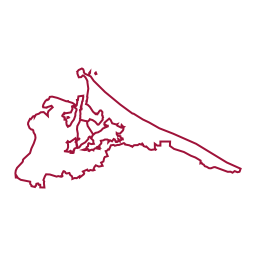 the district of Tauranga City, Bay of Plenty, New Zealand
{"feature_id": "76426892B41625514987736", "entity_name": "Tauranga City", "entity_type": "district", "adm_level": 2, "iso_a3": "NZL", "parent_name": "New Zealand", "parent_adm1": "Bay of Plenty", "projection": "natural_earth1", "projection_center": [176.198, -37.698], "detail": "fine", "context": "isolated", "style": "outline", "palette": "rose", "viewbox_px": 256, "rotation_deg": 0, "n_neighbors": 0, "source": "geoboundaries", "source_scale": "gbopen_adm2", "svg_char_len": 5735}
<svg xmlns="http://www.w3.org/2000/svg" viewBox="0 0 256 256"><path d="M240.6,168.7L226.8,162.5L196.1,143.8L173.2,133.7L159.4,128.3L149.0,122.4L142.9,119.5L133.6,113.7L132.4,113.5L120.3,104.6L104.9,91.9L93.7,80.8L90.7,76.4L84.7,73.6L83.8,72.1L83.9,71.2L83.2,69.3L81.9,68.5L78.7,70.0L77.2,71.7L77.5,72.0L77.4,73.6L78.8,77.3L81.2,77.1L82.7,75.5L83.6,75.6L85.4,77.3L87.2,80.5L87.3,80.9L86.8,80.9L87.3,81.1L87.3,81.5L86.9,81.4L87.3,81.5L88.3,88.6L87.1,96.8L87.5,97.2L86.9,100.6L86.5,100.7L86.4,101.3L86.8,101.7L86.0,104.1L87.7,104.8L89.9,106.9L92.9,111.6L95.7,114.2L97.4,114.3L97.5,114.0L96.3,114.0L95.7,113.4L96.7,113.6L98.3,113.0L99.0,111.6L100.2,110.4L101.1,110.5L102.4,112.1L102.1,115.2L102.7,115.9L102.6,116.6L103.1,117.3L102.6,118.4L102.7,119.7L98.6,124.6L97.6,124.6L95.3,121.9L92.6,120.1L90.3,119.4L89.5,120.0L90.4,118.4L88.8,120.7L87.8,121.4L85.4,120.9L87.4,121.7L87.1,123.1L87.7,126.0L92.7,133.7L92.9,134.6L92.6,135.4L95.4,132.9L98.1,132.3L101.0,130.6L102.9,128.5L107.8,126.4L107.8,125.7L106.8,125.6L105.5,124.8L105.2,124.8L105.9,125.4L104.7,125.5L104.5,122.7L109.2,118.6L110.6,119.9L112.2,123.3L116.3,124.5L117.4,124.1L116.9,125.0L117.3,125.7L121.2,127.6L122.1,127.6L123.0,126.8L121.5,125.4L121.6,125.0L123.2,126.7L123.9,126.9L123.5,127.2L123.4,129.2L122.9,130.5L120.0,133.6L117.4,133.5L116.7,133.0L116.7,134.1L117.7,135.8L120.4,136.2L120.7,137.8L122.6,138.4L122.8,139.4L121.2,139.5L121.0,140.1L120.0,140.5L119.7,141.4L119.4,141.3L119.2,140.9L119.5,141.1L119.3,140.0L118.6,139.3L118.8,140.3L118.2,141.3L116.8,141.3L116.8,142.0L116.4,142.0L115.8,141.9L114.8,139.5L113.7,139.0L112.0,141.3L110.1,140.3L108.3,142.2L108.5,140.1L107.3,139.5L104.9,139.5L103.2,140.4L100.8,140.8L101.4,142.7L101.2,143.5L99.3,145.6L99.7,147.7L99.3,148.9L98.0,148.7L98.7,147.9L99.3,148.3L99.2,147.8L99.5,147.8L99.0,147.3L99.0,147.0L99.5,147.2L99.3,147.0L97.7,146.8L96.9,147.1L96.2,148.1L94.7,148.6L93.5,149.7L93.4,150.3L92.1,149.6L90.5,150.1L89.2,151.1L88.6,150.8L88.8,150.0L88.5,149.5L87.7,149.0L86.5,149.9L84.6,150.1L83.0,149.8L86.0,148.8L86.7,147.1L88.0,146.2L88.2,143.8L88.8,143.2L91.3,144.1L93.9,143.8L93.3,142.3L93.3,140.5L91.2,138.5L92.6,135.5L91.1,138.1L89.8,136.6L88.9,137.1L88.5,137.7L88.3,139.0L85.2,142.4L81.3,144.6L79.2,147.5L77.7,147.9L76.5,142.6L76.9,140.7L77.6,139.3L77.8,133.7L77.0,129.3L77.3,126.1L79.6,121.8L80.2,119.3L81.2,120.0L85.3,121.0L80.9,119.8L80.0,118.5L80.4,117.1L80.2,115.8L80.5,113.9L80.1,110.4L80.5,110.5L80.6,110.2L80.2,110.1L80.9,108.6L81.6,108.9L81.7,108.6L81.7,108.2L81.6,108.8L80.9,108.5L80.9,106.5L81.0,106.2L81.4,106.5L81.4,106.0L81.1,106.1L81.4,105.1L81.6,105.3L82.2,101.4L82.6,101.2L83.3,96.8L82.9,96.5L83.1,95.7L78.4,96.4L77.9,100.0L77.0,100.0L77.3,101.8L76.7,105.3L75.8,106.2L74.8,104.5L72.4,102.9L67.9,101.5L67.9,101.1L66.3,101.3L57.4,97.9L52.1,96.6L49.8,96.9L48.8,99.2L47.8,99.9L47.5,99.5L46.8,99.7L45.2,101.3L43.4,104.5L42.9,106.4L43.2,107.3L46.7,107.7L47.0,107.2L51.5,105.8L52.7,107.3L48.4,111.2L47.7,113.4L47.9,116.0L43.7,112.1L40.7,112.3L38.9,113.7L35.9,114.7L34.7,116.8L34.7,115.9L33.0,116.4L30.8,119.2L30.0,118.9L28.2,122.5L28.0,124.2L29.5,128.0L31.3,129.5L32.6,129.7L33.2,130.3L33.6,132.4L35.1,134.9L35.5,137.6L35.3,139.0L33.8,143.4L31.4,148.5L30.0,153.1L23.6,159.0L22.9,160.0L23.0,160.9L22.4,162.2L17.1,167.8L15.8,170.5L15.4,173.2L15.8,177.5L16.5,177.5L16.7,176.1L17.9,178.0L20.7,179.8L30.2,181.7L30.2,183.8L31.7,185.7L31.6,186.2L34.9,187.0L35.2,186.2L35.9,185.9L36.4,183.8L38.1,183.4L38.4,183.6L38.7,184.8L40.2,184.8L40.3,187.4L44.4,187.5L43.9,182.9L44.2,181.4L43.4,180.1L44.9,176.3L46.1,174.3L49.9,174.5L56.6,176.6L58.2,176.1L60.9,176.7L61.0,176.2L62.2,176.4L62.5,176.0L62.1,175.4L62.1,173.9L63.5,171.2L64.2,171.3L65.0,171.8L65.7,173.1L66.6,173.5L69.4,173.0L70.3,175.1L71.8,176.1L72.5,178.0L72.4,178.9L74.7,178.0L76.7,178.2L79.6,176.2L79.8,177.4L83.8,174.3L84.2,173.2L82.9,171.5L87.3,169.6L87.8,170.6L88.9,170.9L90.3,170.0L92.9,170.5L94.4,170.0L93.6,169.0L94.5,166.9L95.8,165.3L98.9,166.6L102.6,165.8L101.1,162.6L103.4,161.5L104.1,158.3L104.8,157.0L107.7,156.1L105.7,151.1L107.5,150.4L108.2,149.3L109.1,149.5L110.9,145.3L113.7,144.9L114.8,145.7L117.7,144.9L118.9,145.0L123.9,143.1L124.8,143.7L125.1,144.5L129.4,145.3L130.9,146.1L131.6,146.0L132.3,146.8L134.1,145.2L137.7,145.1L139.4,144.0L141.5,144.6L142.2,143.6L143.1,144.6L143.2,145.5L143.7,146.1L145.7,146.8L146.3,146.5L149.3,149.4L151.2,149.9L154.8,149.3L155.5,149.8L155.9,149.5L154.9,148.3L154.8,143.7L157.3,145.6L160.4,145.6L160.4,141.5L170.1,141.5L169.9,145.9L174.0,148.9L183.9,152.0L190.8,155.7L195.4,157.5L200.6,160.6L200.4,163.3L201.6,162.8L202.3,164.0L203.7,164.6L204.8,166.2L206.7,166.8L209.0,168.2L210.9,168.3L213.7,167.2L215.0,167.1L227.7,171.8L230.6,171.7L232.5,172.7L234.7,171.1L237.4,172.2L239.1,171.9L239.6,171.6L240.6,168.7ZM70.2,125.5L67.9,126.8L67.4,126.0L67.6,125.6L66.9,125.4L66.6,124.6L66.3,122.2L66.6,121.5L66.2,120.3L65.8,119.7L64.5,119.7L64.5,118.9L64.9,118.9L64.7,117.3L62.4,116.2L62.3,115.5L64.0,113.2L64.4,113.8L65.0,113.0L65.4,113.3L70.9,112.4L72.5,109.0L72.0,106.4L73.0,106.0L76.5,109.0L76.6,110.0L75.4,113.1L75.3,115.7L73.9,119.6L71.9,122.2L70.2,125.5ZM74.5,148.6L72.8,151.9L73.5,152.3L73.4,152.7L73.6,152.8L73.8,153.1L73.9,153.4L73.3,152.8L73.4,152.5L72.8,153.0L70.5,152.9L70.5,152.0L71.0,151.2L70.6,150.8L68.6,151.8L64.0,151.2L65.7,151.0L67.4,149.3L68.1,147.2L68.0,144.1L67.5,142.9L66.7,142.5L67.8,141.1L68.7,141.9L69.9,142.1L75.4,138.3L76.2,140.7L75.5,142.0L76.2,142.7L77.0,147.6L74.5,148.6ZM74.8,107.2L73.6,105.8L74.6,105.5L75.8,106.2L74.8,107.2ZM68.5,117.0L67.5,117.1L67.4,118.1L68.9,117.5L68.5,117.0ZM89.1,74.5L90.0,73.0L90.1,71.8L89.2,73.0L89.1,74.5ZM96.4,73.9L95.8,72.5L95.3,72.9L95.1,73.4L95.6,74.2L96.4,73.9ZM78.8,139.5L79.9,138.2L78.4,139.1L78.8,139.5Z" fill="none" stroke="#9f1239" stroke-width="2"/></svg>